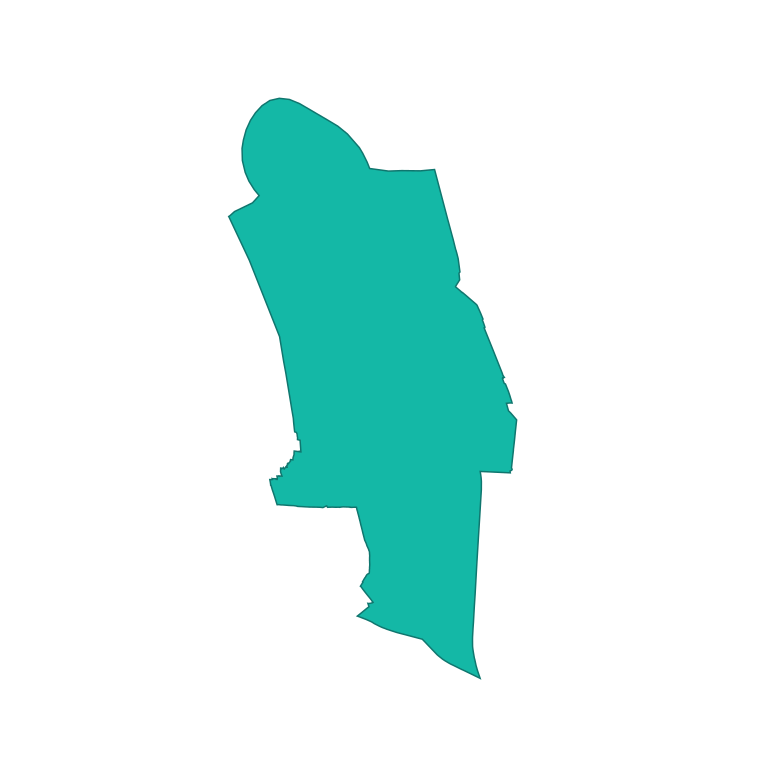 outline of Velsen, Noord-Holland, Netherlands, rotated 59°
{"feature_id": "6326949B54976538615964", "entity_name": "Velsen", "entity_type": "district", "adm_level": 2, "iso_a3": "NLD", "parent_name": "Netherlands", "parent_adm1": "Noord-Holland", "projection": "robinson", "projection_center": [4.642, 52.452], "detail": "fine", "context": "isolated", "style": "filled", "palette": "teal", "viewbox_px": 768, "rotation_deg": 59, "n_neighbors": 0, "source": "geoboundaries", "source_scale": "gbopen_adm2", "svg_char_len": 5803}
<svg xmlns="http://www.w3.org/2000/svg" viewBox="0 0 768 768"><g transform="rotate(59 384 384)"><path d="M226.2,230.2L220.0,243.1L210.3,258.8L203.8,270.5L191.9,285.3L185.2,284.2L175.3,283.4L168.7,283.4L150.8,286.6L139.2,290.8L130.0,295.7L100.3,311.9L91.4,318.5L85.2,326.6L82.2,335.8L82.6,345.2L85.3,354.4L89.2,362.6L95.1,371.2L102.4,378.8L108.9,384.3L119.5,390.3L131.2,394.0L140.5,395.3L150.5,395.1L158.2,394.0L161.0,403.4L159.2,423.3L160.5,430.1L160.4,430.8L208.5,435.7L261.8,444.5L289.6,449.1L313.0,458.4L324.0,462.5L347.7,471.9L359.0,476.4L366.7,479.4L368.1,480.1L370.1,481.1L376.5,484.1L379.0,485.2L379.8,484.5L380.0,484.2L380.5,484.1L380.9,484.1L381.3,484.1L382.2,484.3L382.6,484.5L384.1,485.2L384.6,485.4L385.3,485.6L387.1,486.8L389.0,484.9L399.4,490.2L398.9,490.9L398.7,490.8L398.3,490.8L398.2,490.9L397.8,491.9L398.0,492.0L397.1,493.1L395.2,495.5L397.0,496.8L397.5,497.0L397.8,497.1L400.4,500.0L401.0,500.4L401.8,501.0L402.1,501.2L401.2,502.3L400.9,502.7L400.7,502.9L401.1,503.6L401.9,503.8L402.9,506.6L402.4,507.0L402.8,508.1L403.4,508.0L403.8,508.7L404.0,509.5L405.5,509.9L405.4,510.3L405.2,510.5L404.8,510.6L404.6,510.6L404.4,510.7L404.5,511.0L405.5,513.3L405.3,513.4L405.1,513.4L404.8,513.5L404.6,513.4L404.3,513.3L404.1,513.3L403.8,513.3L404.0,513.6L404.0,514.4L403.9,514.4L403.7,514.9L403.4,515.2L403.9,515.3L403.9,515.6L403.6,515.8L403.9,516.2L403.5,516.3L405.5,517.6L406.0,517.9L406.4,518.0L406.7,518.1L408.3,518.5L409.2,518.6L410.4,518.9L409.6,520.3L409.4,520.3L408.6,521.5L408.9,521.6L408.6,521.9L407.8,523.2L408.4,523.4L409.5,523.7L409.5,523.8L409.8,523.9L409.9,524.1L410.0,524.1L410.8,524.7L410.2,525.6L409.6,525.4L407.7,528.3L408.0,528.5L407.6,528.7L408.0,528.9L408.2,529.0L408.3,529.3L407.7,530.2L407.1,531.1L409.8,532.1L410.7,532.5L411.3,532.7L411.5,532.8L412.2,533.2L412.4,533.3L412.9,533.1L417.5,534.3L419.0,534.6L423.9,535.7L427.5,536.6L432.4,537.8L432.7,537.3L432.7,537.1L434.1,535.1L434.6,534.6L435.3,533.4L436.0,532.4L437.2,530.7L439.0,528.2L440.8,525.5L441.1,525.1L441.5,524.4L442.5,523.1L443.3,522.1L444.5,521.0L446.9,517.4L449.3,513.9L449.8,513.1L450.8,511.7L452.3,509.3L453.9,506.7L454.6,505.6L454.9,505.1L456.8,502.2L458.4,500.1L458.5,499.7L458.6,499.2L458.6,498.6L458.8,496.7L459.0,495.9L460.6,495.9L462.9,491.7L463.5,490.8L463.8,490.4L465.3,488.0L465.6,487.4L465.9,486.9L466.0,486.7L466.6,485.8L466.7,485.6L466.8,485.6L467.8,483.2L468.2,482.5L468.4,482.1L468.5,481.8L468.7,481.6L469.3,480.7L472.0,476.5L472.1,476.4L472.3,476.5L473.2,475.1L473.9,473.7L475.3,471.3L475.4,471.2L475.5,471.1L477.7,471.9L478.9,472.2L479.4,472.3L480.6,472.7L481.6,473.0L482.8,473.3L483.4,473.5L484.2,473.7L484.7,473.9L485.2,474.0L485.5,474.1L486.0,474.3L486.8,474.5L488.7,475.1L489.2,475.2L490.1,475.5L491.0,475.8L493.1,476.5L494.2,476.8L494.7,476.9L495.5,477.2L497.9,477.9L499.4,478.4L501.3,479.0L506.1,480.4L507.0,480.7L507.6,480.9L508.2,481.0L509.3,481.1L510.2,481.2L511.8,481.4L512.5,481.6L514.3,482.0L514.8,482.0L515.6,482.1L516.4,482.2L516.9,482.2L517.4,482.3L518.3,482.5L518.6,482.6L520.0,482.8L520.3,482.9L520.5,483.0L521.9,483.7L522.1,483.9L522.6,484.1L523.1,484.3L523.4,484.5L524.0,484.8L525.3,485.7L526.3,486.3L526.6,486.5L527.3,486.9L527.9,487.3L528.9,487.8L529.9,488.4L530.7,488.8L531.9,489.5L532.3,489.8L533.3,490.5L534.0,491.0L534.9,491.5L535.6,492.1L536.4,492.6L537.5,493.3L537.8,493.5L538.0,493.7L538.4,494.0L538.5,494.1L538.6,494.3L538.6,494.5L538.5,496.0L538.6,496.7L539.0,497.7L540.1,499.6L540.4,500.5L542.5,504.3L543.1,504.2L543.3,504.6L545.2,508.4L546.0,508.1L547.1,508.0L548.8,507.9L552.9,507.4L556.7,506.9L559.4,506.5L560.8,506.3L562.7,506.1L564.4,506.0L565.5,505.8L565.5,506.0L565.6,506.3L565.2,507.9L565.1,508.2L565.0,508.6L564.6,509.4L564.3,510.0L563.9,510.7L563.8,510.8L567.2,511.6L567.3,512.8L567.7,515.9L568.4,520.5L569.2,526.4L576.7,520.5L579.0,518.9L580.7,517.7L582.0,516.9L583.6,516.1L584.1,515.9L584.9,515.4L587.6,513.7L588.9,512.9L591.4,511.2L592.2,510.6L594.3,508.9L595.8,507.8L603.6,501.0L622.5,482.6L643.4,477.9L644.9,477.4L646.3,476.9L648.4,476.1L649.8,475.6L652.4,474.4L656.5,472.2L658.4,471.1L661.1,469.3L668.6,464.5L670.0,463.5L685.8,453.2L679.4,451.8L677.6,451.4L675.0,450.7L673.5,450.3L672.4,450.0L671.6,449.7L666.9,448.1L665.4,447.7L660.8,445.9L657.8,444.7L656.2,444.0L654.7,443.3L653.3,442.5L650.4,440.8L648.7,439.8L646.6,438.5L644.1,436.8L638.8,433.2L634.4,430.1L622.3,421.9L610.3,413.6L591.3,400.7L584.1,395.8L563.3,381.5L546.6,370.0L524.6,354.9L522.1,353.4L519.0,351.5L517.5,350.6L514.3,349.0L512.9,348.4L511.3,347.7L508.5,346.6L511.4,342.2L516.8,334.1L525.2,321.5L524.4,321.2L523.8,320.9L523.6,320.8L523.5,320.7L523.5,320.1L523.6,319.8L523.7,319.3L523.7,319.2L523.6,318.8L523.5,318.5L523.1,318.1L521.5,317.9L510.2,309.3L507.6,307.3L506.8,306.8L506.0,306.2L505.0,305.4L501.5,302.7L499.4,301.1L492.7,296.1L489.8,293.9L487.7,292.3L485.3,290.5L483.1,288.8L482.3,288.9L473.7,290.4L473.1,290.6L472.6,290.7L471.1,291.1L463.6,289.0L464.0,288.2L464.5,287.1L465.0,286.1L465.7,284.9L466.3,284.0L464.2,283.4L462.6,283.1L459.1,282.2L458.7,282.1L454.6,281.2L446.6,279.9L446.4,280.0L446.2,280.1L446.0,280.3L445.2,280.6L440.5,279.7L440.5,279.3L440.4,279.1L440.4,278.8L440.2,278.7L439.8,278.8L439.7,278.8L440.3,277.5L437.3,277.6L437.0,277.4L435.7,277.1L430.2,276.2L409.5,272.8L387.5,269.3L387.6,268.8L387.6,268.5L387.4,268.3L387.2,268.2L382.1,267.1L380.1,266.8L379.8,266.6L379.5,266.3L379.3,266.1L379.3,265.7L372.9,264.7L368.8,264.2L367.5,264.1L365.6,263.8L364.0,263.7L362.6,264.1L359.0,265.3L353.8,267.0L346.0,269.6L346.0,269.9L345.0,270.3L344.9,270.2L337.9,272.5L337.6,272.6L337.4,272.5L337.2,272.4L333.7,265.5L328.3,263.0L327.6,262.6L327.1,261.2L316.9,256.8L316.2,256.5L315.1,256.0L313.9,255.6L309.6,254.3L306.7,253.5L305.6,253.3L295.5,250.2L293.3,249.6L278.2,245.3L276.0,244.7L226.2,230.2Z" fill="#14b8a6" stroke="#0f766e" stroke-width="1.5"/></g></svg>